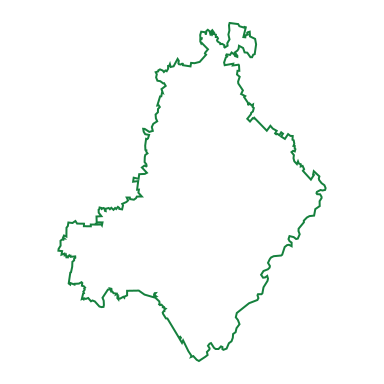 outline of Tihuatlán, Veracruz, Mexico
{"feature_id": "50627088B14039752645412", "entity_name": "Tihuatlán", "entity_type": "district", "adm_level": 2, "iso_a3": "MEX", "parent_name": "Mexico", "parent_adm1": "Veracruz", "projection": "robinson", "projection_center": [-97.558, 20.676], "detail": "fine", "context": "isolated", "style": "outline", "palette": "green", "viewbox_px": 384, "rotation_deg": 0, "n_neighbors": 0, "source": "geoboundaries", "source_scale": "gbopen_adm2", "svg_char_len": 5914}
<svg xmlns="http://www.w3.org/2000/svg" viewBox="0 0 384 384"><path d="M70.3,272.6L68.7,283.5L70.2,284.6L70.6,283.1L74.5,284.6L74.6,283.8L78.9,283.6L81.5,282.2L82.3,283.0L81.9,285.7L83.9,286.3L85.1,287.7L84.2,288.6L84.7,289.7L83.3,291.7L84.0,293.2L83.1,293.7L81.8,299.1L82.8,298.7L83.7,299.4L84.2,298.3L85.8,298.9L88.2,298.0L91.0,301.3L92.5,300.5L94.8,301.4L99.4,306.5L101.5,307.1L103.5,306.9L103.9,305.0L103.7,300.7L102.5,297.8L107.9,289.6L110.0,289.4L109.7,288.4L111.4,288.8L111.6,290.6L110.8,290.3L111.2,291.6L112.5,291.7L113.5,293.2L116.6,293.6L116.2,294.4L116.9,294.1L117.7,294.9L117.5,296.3L118.1,296.4L117.3,298.0L118.5,299.5L118.7,298.2L120.1,298.6L123.3,296.8L124.3,297.7L124.5,296.6L127.1,295.4L127.1,290.8L138.8,290.6L144.5,294.6L154.2,297.4L154.1,294.3L154.7,293.2L155.7,293.1L154.3,294.9L156.1,296.3L154.7,296.5L154.7,297.1L159.3,301.4L159.6,303.5L159.1,304.3L160.0,305.1L161.5,304.7L163.1,306.4L162.9,307.2L164.1,307.2L164.2,308.1L165.6,308.7L164.5,309.6L164.4,311.1L163.7,311.1L162.7,312.6L163.1,313.9L165.9,318.4L167.4,318.5L179.0,337.8L180.2,336.8L180.9,337.7L179.9,339.4L182.0,342.9L183.1,340.4L188.4,351.2L191.5,355.9L191.0,357.0L193.3,356.1L196.7,359.8L198.9,361.0L205.3,356.8L207.6,355.0L206.9,352.0L209.4,349.5L209.6,348.3L208.0,345.8L209.6,343.7L211.0,343.1L214.0,347.8L215.6,349.0L218.5,349.0L221.0,346.4L222.4,347.0L222.4,349.1L223.4,349.8L226.6,348.6L228.9,343.2L231.5,341.3L232.8,337.8L233.1,334.0L235.6,332.2L236.5,328.2L239.5,324.2L237.9,320.0L235.8,317.3L236.8,313.0L249.1,303.2L257.4,300.0L258.4,298.1L257.5,295.3L258.0,294.2L261.5,294.2L262.4,293.3L263.5,287.3L267.5,280.9L268.0,278.6L267.2,275.9L265.2,277.4L263.1,277.7L261.1,274.8L263.5,271.0L267.9,269.3L269.6,267.6L269.9,266.0L268.0,262.9L269.8,259.1L271.0,257.5L273.7,256.2L281.2,255.5L282.2,254.7L284.7,247.0L287.1,245.1L289.0,244.8L291.6,246.2L291.6,242.6L289.6,241.2L288.5,239.1L289.5,236.1L293.7,237.1L296.1,239.0L297.8,238.6L299.7,234.2L298.5,231.1L298.6,228.7L303.9,222.3L303.8,220.7L306.9,217.5L309.5,216.1L314.1,215.6L315.3,209.1L319.7,206.1L319.6,201.2L321.6,198.0L321.5,196.7L320.1,194.3L317.2,194.2L316.5,193.2L316.9,191.9L320.5,190.0L322.6,190.5L325.1,189.9L325.6,188.1L324.4,185.2L321.6,183.2L319.2,180.1L318.8,178.5L319.4,176.4L313.8,171.2L313.1,174.6L313.9,175.0L310.9,179.6L302.9,170.8L304.1,169.2L302.6,165.9L300.7,166.5L300.8,164.3L298.8,163.5L298.0,161.4L296.9,164.1L294.3,161.3L293.5,158.2L293.9,155.1L291.5,152.1L293.2,150.8L294.8,151.4L295.4,149.1L294.7,148.3L294.7,146.0L293.5,145.9L294.3,143.8L293.7,140.3L292.5,139.7L292.7,136.0L290.4,135.9L288.1,134.1L284.9,138.9L281.1,136.5L283.0,133.7L281.2,132.3L279.3,135.2L277.5,133.9L276.2,134.3L275.1,133.4L276.7,130.8L272.8,128.6L270.4,125.8L266.8,130.7L254.3,117.8L253.9,118.5L252.8,118.1L250.0,121.5L247.3,118.8L250.9,114.3L251.2,112.8L252.9,111.5L253.8,108.0L252.7,107.1L253.0,104.5L251.6,105.4L250.1,103.9L248.9,104.4L248.8,103.4L248.0,103.9L247.9,102.7L244.1,97.1L245.2,96.1L241.1,94.0L242.9,90.4L238.3,83.5L238.1,81.6L239.7,76.8L237.0,74.5L237.5,70.8L239.3,70.8L239.0,65.4L238.6,64.7L232.7,65.5L233.2,63.7L224.7,65.2L224.1,62.5L225.8,57.5L227.1,56.6L226.1,55.4L226.6,54.4L230.1,54.9L231.6,52.5L234.3,54.5L235.0,56.0L237.3,56.9L237.4,55.9L234.9,52.4L237.4,50.6L238.6,48.7L239.0,45.8L243.1,48.0L244.6,52.4L247.3,52.7L250.4,57.2L252.1,57.2L253.2,54.7L254.7,54.2L256.1,44.4L255.1,38.9L250.0,36.4L249.7,31.7L247.6,32.3L247.1,33.0L247.8,34.6L245.6,35.3L245.3,37.3L243.4,37.1L245.8,27.3L244.4,26.9L244.0,27.6L239.4,26.2L238.2,24.1L229.6,23.0L229.0,25.2L229.4,30.5L228.4,34.5L229.5,39.4L227.3,43.2L227.6,45.7L224.8,47.5L224.3,47.1L224.3,45.2L222.3,43.9L220.3,44.1L220.2,43.1L217.6,41.5L217.0,40.2L218.0,38.4L217.1,37.0L215.8,37.0L215.9,34.7L213.7,34.0L214.2,32.9L212.3,30.2L211.1,31.5L212.9,33.7L212.0,34.9L211.4,34.1L210.5,34.6L209.6,31.3L207.8,29.8L206.4,31.0L205.9,34.7L205.2,32.2L201.2,31.7L200.2,35.0L200.4,37.9L201.8,38.2L201.5,39.2L200.3,39.3L200.3,41.5L201.3,43.6L201.8,43.0L208.0,49.3L205.3,52.5L204.9,53.5L206.1,54.7L199.7,61.9L194.5,63.2L191.1,62.9L190.5,66.4L182.9,65.2L182.8,63.8L182.1,63.7L180.7,64.5L178.9,64.2L178.4,63.4L178.8,60.8L177.6,58.9L173.6,66.3L170.6,67.0L169.9,64.1L169.1,66.0L168.1,66.0L168.1,68.8L166.7,71.2L165.4,70.5L163.9,72.0L162.7,70.5L160.0,69.4L158.3,70.4L158.2,71.4L155.7,72.2L156.8,74.3L156.1,77.4L157.4,80.7L160.3,81.2L163.2,83.4L164.1,83.2L165.7,85.9L161.5,89.1L162.7,92.6L162.1,92.2L161.3,96.3L160.1,96.4L157.3,105.5L158.7,105.3L159.8,107.0L158.0,109.0L157.9,112.3L155.6,114.5L155.9,118.3L157.2,121.3L153.3,123.8L151.8,127.0L152.8,130.9L149.3,131.9L144.7,128.9L143.2,128.8L143.7,131.7L145.2,134.2L149.1,134.9L148.0,138.4L147.2,139.1L146.1,138.8L145.2,145.6L145.4,149.9L146.4,150.3L146.2,151.5L147.5,153.4L145.3,154.9L144.8,156.9L144.6,162.1L146.3,164.2L146.6,166.0L146.2,166.4L144.4,165.6L141.9,167.5L146.9,172.8L144.8,173.9L139.2,174.2L138.6,178.8L133.7,177.7L133.1,181.7L138.2,181.1L137.1,189.7L138.9,189.6L138.4,192.7L141.8,196.5L136.8,196.6L136.0,198.2L133.9,199.7L130.1,199.1L129.8,197.5L126.7,197.5L128.1,200.4L126.4,202.0L122.2,203.9L123.0,205.4L122.1,209.4L119.3,208.9L119.2,207.9L117.9,206.9L116.2,209.0L115.1,208.0L113.5,209.8L111.3,207.8L109.9,209.2L108.7,208.0L105.5,208.8L105.7,211.1L105.0,210.9L104.4,208.4L103.4,208.0L101.8,208.9L101.6,208.0L99.6,207.5L99.3,209.3L98.6,209.8L98.7,212.7L101.4,216.2L96.5,216.5L96.7,222.3L102.5,222.4L101.9,225.3L101.4,224.5L96.8,224.6L96.7,223.8L95.9,223.8L96.1,224.6L90.8,224.5L90.8,226.3L83.9,226.2L84.0,223.7L77.1,223.6L75.4,221.0L72.5,223.0L68.4,222.5L67.8,226.1L66.5,227.7L66.4,236.6L64.0,235.5L63.1,237.5L64.4,238.6L63.1,238.6L63.2,239.7L61.9,239.6L60.5,240.8L60.6,245.7L58.6,248.9L58.4,250.7L62.1,251.1L61.5,254.7L64.4,253.6L64.6,255.2L65.8,254.4L66.4,257.3L67.8,257.3L67.6,256.5L69.0,255.5L69.1,256.1L70.5,255.7L70.7,256.8L75.2,256.4L75.3,257.8L74.1,258.8L74.1,260.4L72.4,261.8L72.2,266.8L71.0,272.3L70.3,272.6Z" fill="none" stroke="#15803d" stroke-width="2"/></svg>